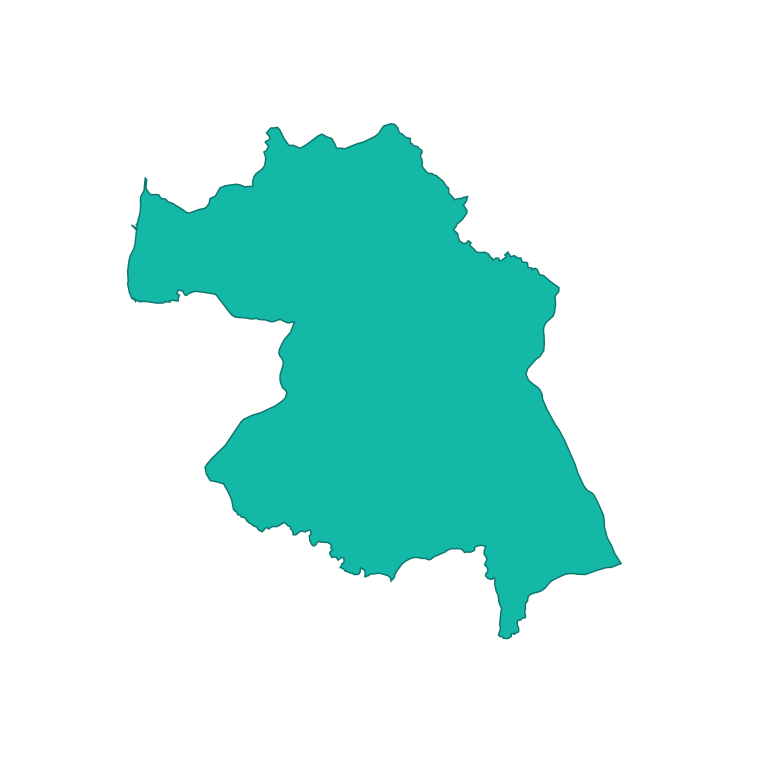 the district of San Pedro, Antioquia, Colombia, rotated 67°
{"feature_id": "7082276B41914425714462", "entity_name": "San Pedro", "entity_type": "district", "adm_level": 2, "iso_a3": "COL", "parent_name": "Colombia", "parent_adm1": "Antioquia", "projection": "mercator", "projection_center": [-75.553, 6.456], "detail": "fine", "context": "isolated", "style": "filled", "palette": "teal", "viewbox_px": 768, "rotation_deg": 67, "n_neighbors": 0, "source": "geoboundaries", "source_scale": "gbopen_adm2", "svg_char_len": 6158}
<svg xmlns="http://www.w3.org/2000/svg" viewBox="0 0 768 768"><g transform="rotate(67 384 384)"><path d="M641.9,235.9L630.6,237.8L620.9,237.8L612.7,238.6L601.2,236.9L596.6,234.9L590.5,233.3L575.8,233.5L568.2,234.2L565.7,235.1L561.4,238.4L556.4,239.8L553.1,240.0L541.1,240.4L532.7,239.5L506.9,239.8L495.2,240.8L488.0,242.2L471.3,243.9L460.2,244.0L455.2,242.5L450.2,242.8L447.5,243.7L441.0,247.6L436.7,249.5L430.6,249.5L426.1,245.9L420.8,234.8L419.6,229.8L415.7,224.0L409.4,220.6L401.2,217.5L397.6,216.6L394.4,214.8L392.1,212.6L390.3,209.9L387.7,202.1L385.2,199.4L377.3,194.7L370.2,192.5L367.2,187.1L363.7,185.3L354.4,191.0L346.6,194.7L344.2,198.1L338.2,198.3L336.6,199.7L336.4,201.2L336.9,203.0L334.9,202.6L334.2,204.3L332.9,205.8L331.5,205.7L329.9,204.8L328.0,204.9L325.7,209.2L321.6,208.7L320.5,211.3L316.7,214.1L316.5,217.6L311.0,218.4L312.4,222.3L313.8,221.2L314.5,221.9L316.2,227.1L315.6,229.7L313.2,229.2L312.7,229.9L311.9,232.1L312.6,235.3L310.4,235.3L308.4,236.7L306.3,236.7L304.6,237.5L302.0,240.0L300.8,243.6L298.8,247.3L293.9,248.9L290.5,250.6L289.4,250.8L288.0,248.7L285.9,249.9L285.1,250.6L286.6,253.8L286.0,255.1L286.3,255.6L281.7,258.5L277.8,258.4L274.6,257.5L273.8,258.5L273.3,257.9L269.3,259.8L267.5,256.6L265.2,254.2L264.1,249.8L262.6,246.5L258.8,240.8L256.2,239.8L250.4,241.0L248.0,236.9L244.1,233.9L243.3,237.9L243.5,240.4L242.7,242.0L241.8,247.4L240.6,247.2L233.9,249.6L228.7,248.1L226.3,249.4L220.1,250.5L214.0,253.9L212.4,254.4L211.6,256.1L209.1,257.4L207.8,260.1L206.5,261.6L200.5,263.5L198.2,263.8L195.1,262.1L191.5,261.4L189.5,261.7L186.9,260.4L186.4,259.1L185.2,258.2L183.5,258.0L180.7,259.9L179.0,260.1L175.6,264.1L173.8,264.3L172.8,265.5L169.7,264.7L168.4,263.8L165.2,267.8L161.3,269.4L158.9,271.7L153.0,271.4L149.8,272.5L148.7,273.4L147.2,275.9L146.4,282.7L146.7,284.2L151.2,290.8L152.5,295.1L153.3,307.9L152.4,314.8L152.2,328.2L149.9,331.8L148.7,335.5L142.8,335.5L137.6,336.2L134.4,339.9L129.8,343.5L129.9,347.8L133.3,361.5L134.3,369.0L128.8,374.3L127.2,378.3L119.8,380.0L109.3,380.7L106.1,381.8L105.1,386.0L104.1,388.1L107.0,394.1L111.1,392.8L113.2,392.8L114.4,394.7L114.5,398.0L115.1,398.8L118.9,397.6L120.8,397.9L123.3,401.3L123.5,403.9L128.1,404.1L131.6,405.5L136.3,408.5L138.5,411.8L140.4,419.5L142.0,422.3L145.9,425.6L150.7,427.6L148.0,435.3L144.2,439.0L142.2,442.5L139.5,452.7L139.5,456.9L139.2,458.0L145.3,466.0L145.3,471.6L149.4,474.4L151.9,478.4L152.2,481.2L151.2,485.7L150.6,496.7L148.3,499.3L145.5,500.7L134.7,508.4L132.1,511.5L128.4,512.9L127.0,515.4L125.6,516.8L122.4,517.3L121.6,517.9L120.5,519.8L118.8,524.5L116.5,525.7L111.3,526.6L109.0,525.9L104.1,523.0L102.8,522.8L101.3,523.4L112.1,529.2L116.7,534.9L121.2,537.1L123.9,537.9L131.1,541.6L139.8,548.3L140.5,549.7L142.0,549.2L143.9,550.6L139.8,553.9L140.3,554.0L142.6,552.3L143.3,552.8L145.1,551.4L158.2,558.6L162.0,561.6L166.6,567.3L170.5,570.3L180.0,575.9L189.5,579.3L191.4,580.8L200.5,582.6L206.8,582.6L207.4,581.1L207.9,581.6L208.8,581.1L208.6,580.3L210.9,580.4L210.2,579.4L210.7,578.0L211.9,577.9L213.0,576.4L213.7,573.7L216.0,569.1L220.1,562.6L222.3,558.0L223.1,555.3L223.0,552.6L224.9,548.9L223.7,549.0L224.1,546.6L227.2,541.1L225.4,540.5L222.2,537.5L219.8,539.4L217.1,536.8L220.1,532.6L221.9,533.1L222.4,532.6L224.9,532.2L225.2,530.9L224.5,528.7L224.6,522.8L225.3,520.7L229.6,513.3L234.8,505.2L236.2,503.7L257.8,498.2L261.6,496.8L264.5,494.5L269.0,485.7L272.3,480.7L273.8,475.8L275.9,473.7L278.5,468.3L282.3,464.1L283.4,461.2L283.8,454.4L289.7,449.3L290.5,447.7L291.7,442.0L299.9,449.8L304.1,458.3L308.1,463.3L311.2,466.6L314.2,468.7L317.5,468.9L319.9,468.1L322.8,467.9L325.0,468.3L328.0,470.2L334.9,476.0L339.0,477.9L342.3,478.7L348.2,478.7L350.6,477.3L353.9,476.7L358.1,480.0L359.6,483.4L361.7,492.3L362.3,508.6L361.3,517.9L361.7,526.7L362.9,530.1L378.6,554.3L385.2,571.5L388.5,577.9L390.7,581.2L397.6,582.7L405.1,581.6L408.3,576.7L413.1,570.7L422.7,569.6L431.3,569.5L440.8,571.6L441.6,570.6L442.7,570.9L444.3,569.6L446.3,569.8L447.4,569.3L448.8,567.4L450.8,567.3L452.1,565.0L453.9,564.0L456.3,563.8L459.0,562.5L460.9,560.8L462.3,560.4L464.1,559.1L466.0,556.9L468.9,556.7L472.4,554.0L470.2,548.8L470.6,547.9L472.5,546.6L471.4,543.0L473.4,538.2L473.0,533.5L472.3,530.8L474.4,528.5L476.4,528.2L479.2,525.8L480.8,526.6L484.1,525.5L487.2,526.5L488.4,524.1L487.3,520.5L487.0,517.5L489.4,514.1L489.0,511.3L490.0,509.2L491.2,509.0L494.2,510.2L494.5,512.1L499.2,513.5L504.2,513.1L505.3,512.3L505.7,510.9L505.1,509.0L503.7,507.4L503.5,505.2L504.6,504.4L507.7,498.0L510.9,495.4L514.8,497.0L516.5,495.9L517.5,499.4L518.9,500.3L523.4,499.8L523.8,497.3L524.6,495.8L528.2,495.0L527.0,491.0L528.5,489.0L531.9,490.1L532.7,491.1L533.1,493.1L533.9,493.5L535.8,496.0L536.1,495.3L539.4,493.1L541.1,492.8L542.9,490.2L544.8,489.1L545.8,486.6L546.8,486.6L547.9,485.7L549.1,482.0L548.9,481.0L547.6,479.3L544.1,477.5L547.7,474.6L550.1,475.0L554.1,476.8L554.3,472.8L553.7,471.3L554.0,469.6L555.0,467.3L555.9,463.2L557.8,460.2L562.1,455.1L565.3,453.7L568.2,454.5L566.0,449.9L563.9,448.8L560.4,444.2L556.7,437.7L555.4,433.2L555.0,427.6L555.5,424.0L556.9,420.6L559.3,417.5L560.4,414.5L563.0,411.9L563.5,410.7L563.6,409.0L562.6,405.9L562.5,393.6L561.7,390.0L562.0,386.1L565.3,378.2L568.0,376.2L570.6,375.7L570.7,374.1L572.2,371.0L572.7,369.1L572.4,365.7L569.8,364.3L569.5,362.4L570.3,357.8L573.1,353.8L576.8,356.9L580.0,358.4L583.5,357.4L586.1,358.2L589.7,361.9L590.8,361.8L592.6,360.7L595.5,360.9L597.0,361.8L598.7,364.5L600.2,365.5L603.5,364.3L605.6,361.8L606.0,360.2L604.9,358.6L606.3,358.0L612.0,360.3L617.9,361.6L623.3,361.5L630.0,363.5L636.7,363.4L638.8,365.1L650.5,371.4L655.0,372.5L659.5,376.5L661.4,376.3L662.8,373.7L664.6,373.5L666.4,370.2L666.7,368.2L666.0,365.4L664.7,365.2L663.9,364.1L664.1,362.9L665.4,361.5L664.5,359.9L664.9,358.3L664.5,356.8L661.4,355.5L657.1,355.3L654.3,353.7L654.0,352.4L654.6,350.5L653.5,347.9L654.4,345.3L652.7,344.2L649.1,343.7L646.1,341.6L641.4,339.7L639.8,336.6L636.9,335.1L635.6,333.6L634.9,331.3L634.9,327.8L635.7,323.6L635.8,319.8L634.9,315.7L631.1,308.4L630.4,304.4L629.9,292.8L630.4,288.9L632.7,283.1L634.3,281.1L638.1,272.9L638.6,261.8L639.9,250.9L641.6,246.3L641.9,235.9Z" fill="#14b8a6" stroke="#0f766e" stroke-width="1.5"/></g></svg>